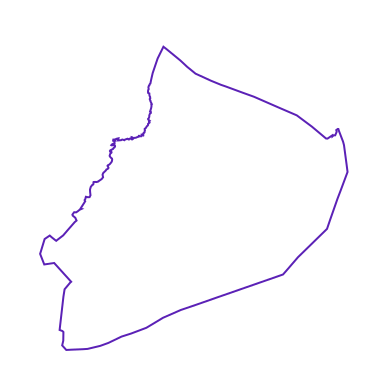 San Cristóbal Amoltepec, Oaxaca, Mexico (Albers equal-area conic projection), rotated 355°
{"feature_id": "50627088B93065447569005", "entity_name": "San Cristóbal Amoltepec", "entity_type": "district", "adm_level": 2, "iso_a3": "MEX", "parent_name": "Mexico", "parent_adm1": "Oaxaca", "projection": "albers", "projection_center": [-97.593, 17.286], "detail": "fine", "context": "isolated", "style": "outline", "palette": "violet", "viewbox_px": 384, "rotation_deg": 355, "n_neighbors": 0, "source": "geoboundaries", "source_scale": "gbopen_adm2", "svg_char_len": 3609}
<svg xmlns="http://www.w3.org/2000/svg" viewBox="0 0 384 384"><g transform="rotate(355 192 192)"><path d="M346.9,155.1L343.7,143.9L343.3,142.0L342.7,141.9L341.1,142.9L341.4,144.6L339.6,148.0L338.0,147.9L336.7,148.9L336.7,147.8L331.7,150.6L330.2,150.4L317.1,137.3L310.7,131.6L303.1,124.8L285.3,115.2L262.0,102.5L251.8,97.8L234.8,89.8L230.3,87.8L220.6,82.8L205.8,74.4L204.7,73.3L198.0,66.8L191.8,59.9L178.7,47.1L176.2,44.8L169.4,56.0L163.2,70.1L160.9,77.2L160.7,77.9L160.0,80.3L159.4,80.7L158.8,82.1L158.4,82.2L157.7,83.8L157.8,85.8L157.3,86.5L157.0,87.6L156.9,89.4L158.1,90.1L158.0,91.3L158.1,92.5L158.6,93.8L158.5,94.4L158.6,95.0L158.0,95.7L158.1,96.5L158.6,97.4L158.5,98.1L159.0,99.2L159.6,100.9L159.1,101.1L159.2,102.6L158.7,104.6L158.2,105.9L157.4,107.8L157.7,107.8L158.0,108.7L157.9,109.6L157.8,109.8L157.1,110.0L156.5,111.1L156.1,112.1L156.0,113.4L155.4,114.6L154.6,115.4L154.7,116.0L156.1,117.4L155.3,117.9L155.2,118.5L155.7,119.2L154.1,120.4L154.1,121.4L153.4,122.2L152.7,122.6L151.6,124.2L150.4,124.9L150.3,126.1L150.5,126.4L150.0,127.8L149.9,128.5L149.5,128.9L149.0,128.9L148.5,129.5L148.3,130.3L148.5,130.7L148.5,131.1L148.4,131.4L147.3,131.0L147.1,130.4L146.8,130.4L146.8,130.7L146.9,131.2L146.9,131.6L146.2,132.1L144.7,131.8L144.2,131.4L143.9,131.4L143.8,131.6L143.8,132.2L142.1,132.6L141.7,132.7L141.0,133.0L139.8,133.1L139.0,133.0L138.1,133.7L137.2,132.3L136.9,132.2L137.0,132.6L137.5,133.5L137.3,134.0L136.9,134.4L136.3,134.2L135.5,133.2L134.2,133.6L133.7,134.2L133.0,133.9L132.8,133.5L132.4,133.3L129.7,134.0L129.3,134.4L129.2,134.5L127.8,133.9L127.3,133.7L126.6,133.8L125.9,134.2L125.2,134.2L122.8,134.2L122.8,133.8L123.2,133.0L123.4,132.3L122.7,132.5L122.8,132.2L121.4,132.4L121.0,132.5L120.6,132.8L120.4,133.0L119.0,133.0L119.8,134.1L119.5,134.1L118.9,132.9L118.7,132.9L118.0,133.4L117.9,133.8L118.0,134.2L118.8,134.2L119.3,135.0L119.1,135.6L119.1,136.9L118.5,137.0L118.3,137.0L117.3,137.2L117.1,137.3L116.4,137.6L115.7,138.3L116.0,138.5L116.7,138.5L117.7,138.5L119.1,138.9L119.3,139.2L119.3,139.9L118.7,140.8L118.0,141.2L117.3,141.8L117.1,142.2L116.0,142.7L114.9,143.1L114.2,143.4L113.8,144.0L113.9,144.4L114.6,144.3L115.1,144.6L115.2,144.9L115.3,145.5L115.0,146.0L114.3,146.3L113.8,147.0L113.2,148.5L113.1,148.8L113.2,149.2L113.7,150.1L114.3,150.9L114.9,151.4L115.2,151.8L115.3,152.8L114.9,154.3L114.3,155.3L113.0,156.6L112.4,157.2L111.7,157.6L110.8,157.9L110.3,158.3L110.1,158.6L110.5,159.3L110.9,160.7L110.4,161.2L110.0,161.7L108.7,162.1L108.1,163.0L105.9,164.8L105.5,165.0L105.2,165.5L104.9,165.9L104.6,166.6L104.4,167.0L104.7,169.6L104.0,170.3L103.4,171.0L102.5,171.6L100.7,172.6L100.0,173.0L99.6,173.4L99.0,173.4L98.0,173.8L96.4,173.5L95.3,173.5L94.8,173.5L94.7,173.7L94.5,175.5L94.1,176.0L93.4,176.2L92.5,177.1L91.6,178.1L90.6,180.7L90.5,183.2L90.6,186.4L89.5,188.2L87.7,188.1L86.5,187.7L85.9,187.5L85.5,188.4L85.3,189.4L84.3,190.7L84.4,191.2L84.8,191.9L82.2,195.3L79.5,198.8L80.5,199.2L78.5,199.9L76.3,201.4L74.7,202.2L73.3,201.9L72.8,201.9L70.9,204.1L71.1,205.1L72.6,206.6L73.5,207.5L73.8,208.4L74.5,210.4L72.5,211.8L64.7,219.3L59.9,224.0L52.4,228.8L48.4,225.0L46.5,223.0L41.1,226.0L35.3,240.4L38.5,251.3L48.5,250.7L63.8,270.9L62.8,271.6L56.6,277.8L54.8,285.0L48.1,317.9L50.8,319.2L51.7,320.3L50.8,328.9L49.3,333.5L53.0,338.4L58.7,338.6L69.5,339.1L74.3,339.2L87.1,337.3L95.4,335.1L109.2,329.9L119.0,327.7L134.7,323.3L152.1,314.8L170.4,308.6L186.3,304.7L206.7,299.5L253.4,287.7L275.5,282.1L280.4,277.4L291.9,266.2L302.3,257.7L323.3,240.5L327.1,231.9L336.4,211.3L340.2,203.5L348.7,185.6L348.4,178.2L347.5,158.6L346.9,155.1Z" fill="none" stroke="#5b21b6" stroke-width="2"/></g></svg>